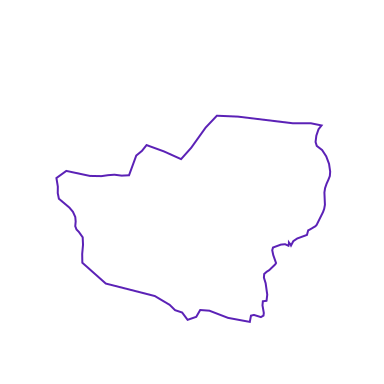 Kars, orthographic projection, rotated 30°
{"feature_id": "TUR-3040", "entity_name": "Kars", "entity_type": "Province", "adm_level": 1, "iso_a3": "TUR", "parent_name": "Turkey", "parent_adm1": "", "projection": "orthographic", "projection_center": [43.226, 40.514], "detail": "fine", "context": "isolated", "style": "outline", "palette": "violet", "viewbox_px": 384, "rotation_deg": 30, "n_neighbors": 0, "source": "natural_earth", "source_scale": "10m", "svg_char_len": 1357}
<svg xmlns="http://www.w3.org/2000/svg" viewBox="0 0 384 384"><g transform="rotate(30 192 192)"><path d="M270.9,69.6L270.2,74.4L271.5,81.0L274.0,86.9L277.0,89.7L283.7,90.6L290.4,94.0L296.6,99.1L301.5,105.3L303.4,109.3L304.0,113.3L304.4,117.4L305.3,122.1L306.9,126.2L313.5,136.6L314.9,140.5L315.5,143.9L316.4,158.2L316.0,159.9L312.7,165.8L311.8,167.1L313.0,171.7L306.4,179.6L304.3,183.9L304.5,188.8L303.5,188.1L302.8,187.8L302.1,187.7L301.2,187.3L301.7,188.2L301.9,188.8L302.4,190.3L298.7,190.7L295.3,193.1L289.9,199.6L290.6,202.3L293.9,206.0L300.3,211.5L300.3,212.9L300.2,213.3L297.9,221.2L296.6,223.6L295.5,226.9L297.1,230.2L301.4,234.2L308.5,243.3L310.8,248.6L310.9,249.0L308.0,251.2L309.7,254.9L314.7,260.9L315.7,263.3L314.2,265.9L307.1,267.5L304.9,269.6L307.0,275.6L286.1,283.0L266.4,286.1L258.1,290.1L258.1,298.0L252.1,304.9L243.7,301.3L236.4,302.8L229.1,300.9L211.8,300.7L163.1,314.4L132.4,308.1L127.9,300.6L124.0,292.2L120.0,285.9L113.9,283.1L110.7,282.2L108.0,280.0L106.0,275.7L103.4,272.0L98.8,268.7L93.6,266.8L80.1,264.4L76.3,260.1L73.1,254.4L67.6,247.7L72.6,236.6L95.6,229.1L105.7,223.5L110.9,219.4L116.2,215.8L122.9,213.0L129.1,209.0L125.5,188.3L128.1,181.4L129.2,174.1L147.3,170.9L166.1,169.0L169.2,154.1L171.6,129.4L175.4,113.5L194.2,103.7L219.6,92.9L245.1,82.0L260.7,73.0L270.9,69.6Z" fill="none" stroke="#5b21b6" stroke-width="2"/></g></svg>